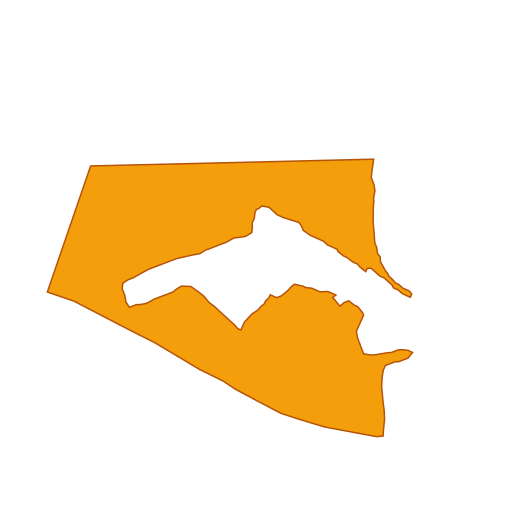 Police Department Port of Damietta, Dumyat, Egypt, rotated 113°
{"feature_id": "37247803B59643082406240", "entity_name": "Police Department Port of Damietta", "entity_type": "district", "adm_level": 2, "iso_a3": "EGY", "parent_name": "Egypt", "parent_adm1": "Dumyat", "projection": "mercator", "projection_center": [31.766, 31.466], "detail": "fine", "context": "isolated", "style": "filled", "palette": "amber", "viewbox_px": 512, "rotation_deg": 113, "n_neighbors": 0, "source": "geoboundaries", "source_scale": "gbopen_adm2", "svg_char_len": 2545}
<svg xmlns="http://www.w3.org/2000/svg" viewBox="0 0 512 512"><g transform="rotate(113 256 256)"><path d="M372.0,68.6L366.6,70.6L355.9,73.9L348.8,77.3L339.9,82.4L327.4,89.2L318.5,92.5L311.4,94.2L306.2,94.1L301.0,88.7L299.2,86.9L297.5,83.3L294.0,79.7L290.6,76.1L283.6,74.2L283.5,79.5L285.1,84.8L286.8,88.4L290.3,92.0L292.0,93.8L293.7,97.3L297.2,102.7L300.6,108.1L302.3,111.6L304.0,118.7L300.4,122.2L298.6,123.9L296.8,125.6L293.2,129.1L291.4,130.8L286.0,134.2L282.5,134.1L275.4,134.0L271.9,133.9L268.4,133.9L266.6,135.6L262.9,142.6L262.9,146.1L261.0,153.1L264.4,156.7L269.4,159.1L264.2,169.1L260.7,167.2L260.6,172.5L260.6,176.0L264.0,183.2L263.9,186.7L263.8,192.0L265.5,197.3L265.4,200.8L267.0,209.7L270.5,211.5L275.8,213.4L279.3,215.2L282.8,217.1L286.3,220.7L286.2,224.2L286.1,227.7L289.7,227.8L293.2,229.6L296.7,229.7L300.2,231.5L305.4,233.4L310.7,237.0L315.9,238.9L321.2,240.8L324.7,240.9L330.0,241.0L330.0,244.5L328.1,248.0L326.3,253.3L324.4,258.5L322.6,263.8L320.7,269.0L318.8,274.3L317.0,281.3L313.3,288.3L311.4,295.3L309.5,304.1L312.9,313.0L318.1,316.6L321.6,318.4L325.1,322.0L328.5,325.6L335.4,332.8L342.4,338.3L345.9,343.6L347.6,347.2L351.0,350.8L352.7,352.6L349.1,357.8L343.8,361.2L342.0,362.9L338.4,366.4L333.1,368.0L327.8,364.4L324.4,360.8L317.4,355.4L310.4,349.9L305.2,344.5L300.0,339.1L294.8,333.7L289.6,328.3L284.5,321.2L279.3,314.0L275.9,308.7L270.6,305.0L267.2,301.4L260.2,294.2L255.0,288.8L248.1,283.4L242.9,274.5L241.2,272.6L236.0,269.0L230.7,270.7L227.1,272.4L221.8,272.3L216.5,273.9L212.9,273.8L211.2,272.0L207.7,270.2L206.1,263.1L207.9,257.9L209.8,252.6L209.9,245.6L208.4,229.7L210.3,226.2L212.1,224.4L213.9,222.7L215.8,213.9L215.9,205.1L216.0,199.8L217.9,194.6L218.0,189.3L218.1,184.0L219.9,182.2L221.8,175.2L221.8,171.7L223.7,164.7L223.8,159.4L225.6,155.9L227.5,148.9L224.0,148.8L222.3,145.3L224.1,140.0L226.0,134.8L226.1,129.5L227.9,124.2L229.8,118.9L231.6,117.2L231.7,111.9L233.5,106.7L233.6,103.1L233.7,97.8L230.2,97.8L228.3,101.3L228.2,108.3L226.4,113.6L226.3,117.1L224.5,120.6L222.6,125.9L220.8,127.6L219.0,131.1L213.6,138.0L211.8,139.7L208.2,141.4L206.4,144.9L201.0,148.3L197.4,151.8L177.8,162.0L165.4,167.0L160.1,168.7L156.5,170.4L149.4,172.0L144.1,175.4L138.7,180.6L133.4,182.2L120.9,185.5L237.7,443.4L370.7,434.0L369.4,415.9L368.7,405.8L372.8,352.9L374.1,335.3L374.3,332.5L375.3,316.0L379.1,287.8L382.5,263.7L383.6,243.8L384.0,237.1L385.8,227.8L386.7,222.8L388.8,199.7L391.1,171.6L389.6,153.9L388.1,139.7L386.5,125.6L378.3,88.4L375.1,74.2L372.0,68.6Z" fill="#f59e0b" stroke="#b45309" stroke-width="1.5"/></g></svg>